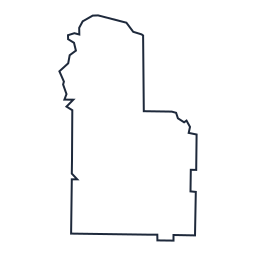 Worth, Georgia, United States of America (Robinson projection)
{"feature_id": "52423323B78408762151605", "entity_name": "Worth", "entity_type": "district", "adm_level": 2, "iso_a3": "USA", "parent_name": "United States of America", "parent_adm1": "Georgia", "projection": "robinson", "projection_center": [-83.867, 31.583], "detail": "fine", "context": "isolated", "style": "outline", "palette": "slate", "viewbox_px": 256, "rotation_deg": 0, "n_neighbors": 0, "source": "geoboundaries", "source_scale": "gbopen_adm2", "svg_char_len": 677}
<svg xmlns="http://www.w3.org/2000/svg" viewBox="0 0 256 256"><path d="M92.7,15.6L82.7,21.3L79.2,27.8L79.3,34.5L74.4,33.2L68.0,35.2L68.1,39.2L74.0,42.8L75.9,50.6L69.7,55.2L68.2,63.3L59.4,71.3L63.9,81.6L63.1,84.5L66.5,94.1L64.4,99.6L73.3,99.7L66.5,106.6L72.3,110.2L72.0,160.2L71.8,173.6L77.2,179.3L71.8,179.3L71.7,187.3L71.1,233.6L151.3,234.7L157.3,234.7L157.4,240.4L173.5,240.6L173.5,235.0L195.0,235.4L195.8,191.9L190.5,191.4L190.8,169.8L196.2,169.9L196.6,134.5L188.7,132.9L190.0,126.9L186.5,120.6L184.1,122.3L177.9,118.3L176.1,112.8L171.7,111.6L143.8,111.2L143.1,35.5L141.6,34.4L133.2,31.8L126.4,22.7L98.1,15.4L92.7,15.6Z" fill="none" stroke="#1e293b" stroke-width="2"/></svg>